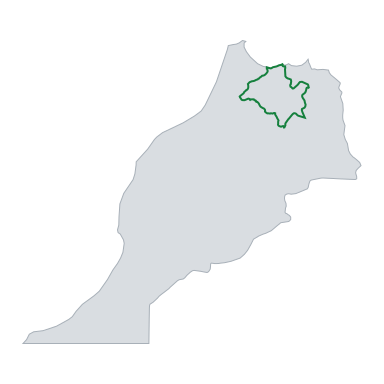 Taza - Al Hoceima - Taounate on a map of Morocco (Equal Earth projection)
{"feature_id": "MAR-1447", "entity_name": "Taza - Al Hoceima - Taounate", "entity_type": "Region", "adm_level": 1, "iso_a3": "MAR", "parent_name": "Morocco", "parent_adm1": "", "projection": "equal_earth", "projection_center": [-4.152, 34.39], "detail": "fine", "context": "in_parent", "style": "outline", "palette": "green", "viewbox_px": 384, "rotation_deg": 0, "n_neighbors": 0, "source": "natural_earth", "source_scale": "10m", "svg_char_len": 4655}
<svg xmlns="http://www.w3.org/2000/svg" viewBox="0 0 384 384"><path d="M26.6,339.6L29.3,334.2L33.7,331.8L42.9,330.7L56.5,326.2L68.8,319.4L72.3,316.7L76.1,311.3L82.4,304.3L93.9,295.9L99.3,291.2L107.5,279.5L113.0,269.8L117.5,263.5L120.6,258.0L122.9,252.4L124.2,243.4L123.5,239.9L120.3,234.1L118.1,232.6L117.5,229.9L118.8,225.1L119.0,216.9L119.9,203.9L123.8,193.3L133.1,179.6L134.9,173.9L136.1,164.9L136.2,161.8L147.7,149.1L154.5,139.4L156.8,137.0L162.6,132.6L183.0,122.9L194.5,116.0L201.2,111.0L205.2,105.1L216.4,81.9L227.4,49.4L228.3,45.6L233.0,44.6L236.4,44.1L239.2,42.9L242.5,40.5L245.8,41.4L244.1,43.1L244.1,47.1L246.4,51.7L250.3,57.0L257.6,63.7L263.2,66.4L271.3,68.0L280.7,65.1L286.0,65.0L288.6,63.7L291.4,65.6L296.7,66.2L301.8,65.2L305.6,62.4L308.1,59.2L308.5,60.8L308.6,62.5L309.3,63.5L310.9,67.6L311.7,69.2L314.6,68.9L317.2,69.8L323.0,69.4L328.5,70.1L329.3,72.7L330.9,74.9L336.7,79.7L340.1,82.7L340.2,83.8L339.2,86.2L338.7,87.9L339.6,89.8L341.8,92.0L341.9,93.0L341.4,94.2L340.4,96.6L342.8,103.5L343.2,110.2L342.7,115.0L342.7,117.8L343.0,120.1L345.0,125.6L343.8,134.6L345.3,139.5L347.4,143.5L348.6,150.6L350.3,154.0L353.0,157.0L354.5,158.0L357.5,160.5L359.7,162.5L361.0,165.6L358.3,168.1L356.2,170.4L355.6,172.8L356.7,176.7L356.7,178.8L355.3,179.5L349.8,179.3L345.4,179.1L340.4,178.9L333.4,178.5L329.0,178.3L323.0,178.0L321.0,178.1L315.5,179.2L311.6,180.0L311.0,180.2L309.8,181.2L308.9,184.0L308.2,187.3L307.4,188.8L295.8,193.6L291.2,194.2L288.6,193.7L286.7,194.1L285.1,195.1L284.6,196.7L284.5,198.6L284.8,200.6L286.0,203.4L286.2,206.2L285.5,208.1L285.3,210.1L285.0,212.2L285.6,213.3L286.7,213.5L287.8,214.5L289.4,215.4L290.7,217.1L290.7,219.5L289.6,220.8L288.6,221.5L284.2,222.2L280.8,222.7L276.2,226.5L271.4,230.6L265.7,233.3L263.2,234.1L258.8,236.0L253.5,239.2L250.9,244.4L247.6,250.3L244.4,254.3L240.1,258.1L236.1,259.5L231.0,261.3L224.6,262.7L220.1,263.2L218.7,263.5L214.8,263.6L212.8,263.3L211.4,263.1L210.8,263.5L210.6,264.5L210.5,266.6L210.2,269.1L208.9,271.2L208.0,272.1L207.0,272.5L203.6,271.9L200.8,271.3L194.2,270.4L192.9,270.6L192.4,270.8L190.3,272.2L187.0,275.2L184.8,277.8L183.2,279.0L179.3,279.7L177.6,280.6L170.3,287.1L168.8,288.7L161.3,294.4L159.1,296.2L157.5,298.1L153.0,302.3L150.1,304.1L149.6,305.2L149.4,307.8L149.3,313.5L149.2,318.9L149.1,326.8L149.0,334.8L148.9,343.5L23.0,343.5L26.6,339.6Z" fill="#d9dde1" stroke="#a8b0b8" stroke-width="1"/><path d="M266.8,67.3L270.1,68.3L270.8,68.4L271.4,68.2L273.0,67.2L276.7,66.4L279.0,65.3L281.3,64.8L282.4,64.2L282.7,64.6L282.6,64.8L282.3,64.9L282.2,65.0L282.3,65.3L282.5,65.5L282.9,66.1L283.3,66.3L283.8,66.4L284.6,66.4L285.1,66.4L285.1,66.6L285.3,67.9L285.0,69.2L285.4,76.3L286.2,77.4L287.6,78.4L288.7,78.7L290.8,79.5L291.2,81.1L291.1,82.1L290.9,83.2L290.9,84.0L290.4,84.5L290.2,85.2L290.3,85.9L290.5,86.7L291.3,87.1L292.6,88.5L293.6,88.4L297.5,85.0L298.5,83.8L299.1,82.9L300.0,82.0L302.0,81.8L307.8,84.4L308.2,85.1L308.4,86.0L308.5,86.7L308.8,87.4L308.5,87.8L308.1,87.7L307.4,87.6L306.8,87.8L306.4,88.4L306.4,89.0L305.7,91.5L305.6,91.9L305.5,92.0L305.2,92.2L305.1,92.4L305.0,92.7L304.8,93.0L302.8,94.5L302.4,94.9L302.2,95.4L302.2,95.7L302.2,96.7L302.8,98.0L304.5,100.5L304.9,102.6L305.6,104.6L305.3,106.4L304.5,107.7L302.0,109.0L301.8,110.0L302.3,111.8L304.8,117.7L298.2,115.7L297.2,115.0L296.6,114.3L296.0,113.7L295.0,113.3L294.0,113.2L292.9,113.9L291.9,115.0L288.7,118.9L288.2,119.3L287.9,119.8L285.8,122.8L285.4,123.5L285.3,124.4L285.4,125.3L284.4,127.4L284.0,127.5L283.8,126.9L283.4,126.1L282.8,126.1L281.0,126.7L280.2,126.4L279.5,126.2L278.9,125.9L278.3,125.4L278.0,124.4L278.2,123.4L278.1,121.9L278.5,120.4L277.3,118.4L276.6,116.8L275.2,114.6L275.1,113.8L275.2,113.3L274.7,113.0L273.6,113.1L272.7,113.6L271.2,113.3L270.5,113.3L270.1,113.6L268.1,113.3L267.3,113.4L265.7,112.3L265.0,111.6L265.1,110.7L264.9,109.6L264.0,108.6L262.5,107.9L260.6,106.7L259.8,105.6L259.0,103.9L258.3,102.9L257.3,101.9L256.4,101.9L256.0,101.5L255.9,101.3L255.7,100.9L255.8,100.7L255.4,100.3L254.8,100.3L254.6,100.3L254.2,100.0L254.0,99.6L253.8,99.3L253.3,99.3L251.1,99.4L250.8,99.3L250.6,99.4L250.1,99.9L249.9,99.7L249.3,98.9L248.8,98.7L248.3,98.6L247.8,98.8L245.3,99.9L244.3,100.2L242.6,100.1L242.1,100.0L241.6,99.7L240.3,97.7L240.0,97.4L239.9,97.0L239.7,96.5L240.3,95.9L243.6,93.3L244.3,91.9L245.8,90.7L246.3,90.0L247.2,89.7L247.7,89.1L248.1,88.2L248.3,87.1L248.2,85.2L247.9,84.0L249.6,82.2L251.8,81.3L253.8,81.0L255.2,80.4L256.3,79.8L257.7,79.4L258.3,78.7L258.9,78.6L260.0,77.4L261.3,76.6L261.7,76.1L262.2,75.7L262.7,75.7L263.6,75.5L264.5,75.1L265.6,74.2L266.6,73.1L267.4,72.0L267.7,71.0L267.4,70.1L267.3,69.2L266.8,68.8L266.8,67.5L266.8,67.3Z" fill="none" stroke="#15803d" stroke-width="2"/></svg>